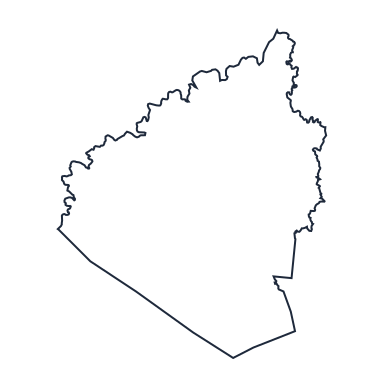 Santa Catarina Loxicha, Oaxaca, Mexico, rotated 182°
{"feature_id": "50627088B46665345239185", "entity_name": "Santa Catarina Loxicha", "entity_type": "district", "adm_level": 2, "iso_a3": "MEX", "parent_name": "Mexico", "parent_adm1": "Oaxaca", "projection": "albers", "projection_center": [-96.724, 16.067], "detail": "fine", "context": "isolated", "style": "outline", "palette": "slate", "viewbox_px": 384, "rotation_deg": 182, "n_neighbors": 0, "source": "geoboundaries", "source_scale": "gbopen_adm2", "svg_char_len": 5930}
<svg xmlns="http://www.w3.org/2000/svg" viewBox="0 0 384 384"><g transform="rotate(182 192 192)"><path d="M323.9,149.7L291.2,119.2L244.6,90.7L185.9,51.6L145.1,27.6L125.2,38.7L84.2,56.5L89.1,75.9L97.1,95.8L101.9,97.7L102.4,98.7L102.3,101.0L103.3,101.8L104.4,103.5L105.7,103.1L106.2,104.5L105.1,104.7L104.6,105.9L106.2,107.6L107.5,110.5L89.5,109.4L87.0,148.6L87.5,149.4L88.2,154.3L86.8,154.9L86.7,155.3L87.3,155.8L87.3,156.1L86.0,157.1L85.1,156.1L83.3,156.0L82.1,157.4L81.0,159.5L79.8,159.5L77.7,160.2L75.9,161.3L75.6,159.6L73.4,157.3L71.5,157.2L70.9,159.1L71.4,160.2L71.3,162.2L69.9,164.3L70.9,164.7L71.2,166.3L71.8,166.7L72.6,168.1L72.8,169.2L72.6,170.3L73.8,170.6L74.4,172.0L74.6,173.6L73.8,174.0L73.2,175.0L72.7,177.3L69.5,177.2L68.5,177.6L68.3,178.4L68.9,180.0L67.8,183.0L66.6,184.2L65.2,185.0L64.6,185.6L64.2,186.6L62.4,187.0L59.4,187.0L59.2,187.4L61.6,189.8L63.4,190.3L62.2,191.7L63.5,193.9L62.7,194.5L62.7,194.9L63.5,195.3L65.1,200.4L65.5,200.6L64.4,202.2L64.6,202.6L67.6,204.0L67.6,204.9L66.6,207.2L66.4,209.3L65.0,208.9L64.4,209.2L66.5,210.7L68.0,210.9L68.2,211.3L66.6,211.7L66.3,212.5L66.9,214.3L66.1,216.3L65.7,218.1L64.8,219.4L64.6,220.5L65.8,222.2L65.8,224.2L66.2,226.8L67.6,227.6L67.7,228.9L68.7,230.7L68.1,231.9L68.3,232.5L70.1,233.9L70.5,236.8L72.1,237.4L72.7,238.4L72.0,239.6L71.1,240.0L69.8,240.0L68.8,239.8L68.4,239.0L65.7,237.9L64.8,239.9L65.0,241.7L62.2,246.8L62.2,247.8L62.7,249.2L59.9,253.2L61.2,257.8L61.0,261.4L62.0,261.3L65.0,262.5L66.2,263.4L66.0,266.0L66.2,266.3L67.3,265.9L68.2,266.0L68.8,266.4L68.7,269.0L68.9,269.2L69.3,269.2L71.3,267.6L72.1,266.0L72.8,265.8L73.6,266.3L73.4,267.1L73.6,267.9L74.2,268.5L73.9,270.3L74.5,271.1L75.3,270.9L75.7,270.7L77.3,267.5L77.3,266.5L77.8,265.7L78.4,265.3L79.4,265.5L79.8,267.9L80.9,268.7L82.2,268.0L82.8,268.2L84.0,270.2L84.7,271.0L86.1,271.4L86.7,272.5L86.5,274.3L86.9,275.7L87.9,276.7L89.1,276.9L90.7,275.9L92.7,275.5L94.1,276.2L94.5,278.4L96.1,280.8L96.3,281.6L96.8,284.5L96.4,286.7L96.6,287.3L100.0,289.8L100.8,293.2L100.6,294.2L99.7,295.0L98.5,295.0L97.7,293.2L96.9,292.6L96.5,292.6L95.9,293.2L95.6,294.6L95.9,295.8L95.3,297.2L95.9,297.8L95.9,298.8L95.5,299.2L95.3,301.1L94.6,301.5L93.6,300.8L93.5,299.9L92.7,300.0L92.4,300.4L91.8,300.4L91.2,301.0L91.0,301.6L91.4,302.4L92.6,302.6L93.8,302.2L94.2,302.6L94.0,304.6L95.4,306.9L95.4,307.7L94.9,310.5L94.5,310.9L92.9,310.5L90.7,312.3L90.5,312.7L90.6,313.0L91.1,313.3L91.3,313.9L91.3,316.3L90.7,316.7L90.5,317.9L90.4,319.3L90.6,319.7L91.0,320.1L91.6,320.0L92.4,320.6L94.6,318.8L96.3,318.5L97.1,320.2L96.8,321.6L98.2,322.6L99.0,323.8L99.6,324.3L100.0,324.1L100.2,323.3L100.6,322.9L101.2,322.9L101.8,323.3L102.2,324.5L102.2,325.5L101.8,325.9L100.4,325.7L98.6,326.6L98.0,326.3L97.8,325.9L97.4,326.1L96.8,327.1L97.0,327.9L97.7,329.1L98.8,329.7L98.5,331.1L98.7,332.8L97.9,334.6L96.9,335.2L96.1,335.2L96.1,335.5L96.7,336.4L96.9,337.2L96.0,339.6L95.8,341.2L96.2,341.4L94.8,342.8L94.4,344.4L95.1,345.6L96.3,345.9L96.7,346.7L99.5,348.3L100.7,348.5L101.3,349.1L101.5,350.1L100.9,351.3L101.1,352.6L103.3,354.2L105.7,354.4L107.3,354.3L109.3,353.7L111.5,354.0L112.6,356.4L116.1,348.0L120.2,344.5L125.2,333.5L125.7,325.1L129.3,321.4L131.0,323.5L131.8,327.9L135.8,329.7L140.4,329.0L142.8,327.0L144.7,328.2L146.2,327.8L147.7,326.0L150.0,320.8L154.8,318.7L158.8,319.2L161.8,316.3L162.3,314.0L162.0,309.7L160.4,308.3L161.2,306.0L162.7,305.0L166.1,305.0L167.8,304.1L168.9,311.8L170.7,314.1L172.8,315.4L176.2,314.8L177.2,313.7L181.6,312.2L186.4,313.3L188.2,312.7L195.1,307.5L195.6,303.5L191.3,296.5L193.1,297.3L194.6,298.9L196.7,299.9L198.7,299.2L197.3,296.1L198.7,293.4L198.0,290.3L199.8,287.1L200.0,284.2L198.8,282.5L200.0,282.7L199.0,282.3L199.3,282.0L200.6,282.3L201.6,282.9L202.1,284.2L203.1,284.4L204.9,284.2L206.0,285.0L206.2,288.3L206.9,290.1L206.9,291.2L207.6,292.2L208.9,293.2L210.6,293.5L211.8,293.1L214.8,291.0L215.6,290.9L217.0,291.5L218.3,291.2L219.1,290.2L219.3,289.2L219.2,285.1L219.9,283.8L221.4,283.7L224.4,284.2L225.0,283.6L225.8,281.9L226.0,280.3L225.9,279.3L226.7,277.5L227.8,277.2L230.7,277.4L237.3,278.9L238.9,278.3L239.2,276.8L238.3,274.6L236.8,272.5L238.3,267.4L237.8,265.2L238.3,262.5L239.0,261.3L239.7,261.4L240.9,264.9L242.0,265.4L243.2,265.0L244.8,261.1L245.8,260.2L249.0,259.2L249.6,258.8L249.7,257.8L249.0,255.7L249.4,253.3L249.2,251.7L248.5,250.5L247.3,249.9L241.6,249.8L240.6,249.4L241.0,247.1L245.1,246.9L246.2,246.3L247.0,245.4L248.8,244.7L250.6,245.3L252.7,246.8L253.4,247.6L255.9,249.0L259.1,250.0L260.9,248.0L262.0,246.1L263.4,245.5L268.4,242.3L268.8,241.5L270.4,240.8L271.4,241.3L273.0,243.3L277.3,245.6L278.4,245.7L280.3,244.4L280.4,242.1L280.0,241.2L280.1,240.1L281.2,238.7L281.3,237.4L282.1,235.7L283.2,235.2L284.5,235.2L285.7,233.9L290.1,234.5L291.4,233.3L291.3,232.2L291.9,230.8L293.7,231.3L296.5,229.0L299.0,227.5L299.1,226.9L297.8,225.6L296.1,225.1L295.4,224.1L296.8,223.1L296.7,222.0L295.6,221.2L294.1,220.9L293.1,220.4L292.7,219.6L292.6,219.0L294.1,216.9L295.8,215.5L296.3,213.8L295.5,212.3L295.8,211.8L296.7,211.8L297.8,212.6L298.9,212.9L300.3,215.0L303.0,216.4L304.0,217.1L306.0,217.7L308.9,218.0L309.8,218.4L311.5,218.5L312.7,218.2L313.5,217.5L314.6,214.4L314.1,213.2L315.2,211.8L315.0,210.8L313.3,208.0L312.7,205.4L313.6,204.6L315.9,204.2L316.8,203.5L318.1,203.2L319.7,203.6L322.1,203.2L322.5,202.3L322.3,200.6L322.4,199.6L322.2,199.2L320.8,198.0L320.0,195.7L318.9,194.8L315.9,194.7L315.3,194.3L315.3,193.5L316.1,192.5L316.6,189.1L314.7,188.2L311.5,185.2L310.4,184.8L309.9,182.8L308.7,181.0L308.8,180.0L309.4,179.6L311.7,181.9L313.6,182.4L314.9,182.3L318.4,180.9L319.2,179.0L319.0,177.4L317.9,176.7L317.7,176.2L318.0,175.6L317.9,174.7L316.6,173.9L314.1,173.6L313.4,173.8L312.7,173.4L313.0,172.1L313.5,171.2L315.4,170.2L315.8,169.1L315.3,167.5L314.4,167.3L314.1,166.1L314.6,165.2L315.7,164.8L317.2,164.7L318.6,165.5L319.8,165.3L320.7,164.7L321.2,163.8L320.8,158.9L321.1,156.2L321.0,155.1L321.8,153.4L324.8,150.3L323.9,149.7Z" fill="none" stroke="#1e293b" stroke-width="2"/></g></svg>